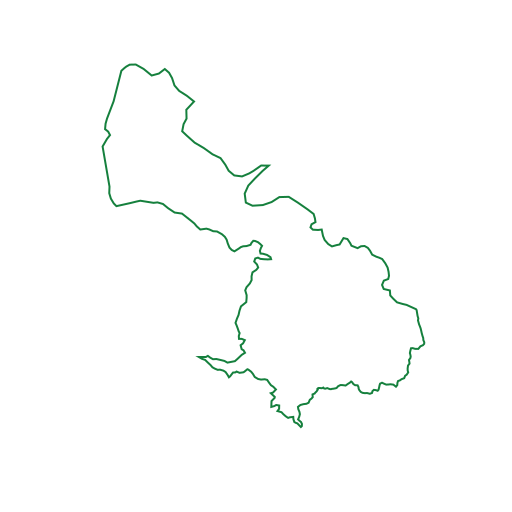 Baling, Kedah, Malaysia, rotated 289°
{"feature_id": "92858781B88693147635534", "entity_name": "Baling", "entity_type": "district", "adm_level": 2, "iso_a3": "MYS", "parent_name": "Malaysia", "parent_adm1": "Kedah", "projection": "orthographic", "projection_center": [100.8, 5.723], "detail": "fine", "context": "isolated", "style": "outline", "palette": "green", "viewbox_px": 512, "rotation_deg": 289, "n_neighbors": 0, "source": "geoboundaries", "source_scale": "gbopen_adm2", "svg_char_len": 4589}
<svg xmlns="http://www.w3.org/2000/svg" viewBox="0 0 512 512"><g transform="rotate(289 256 256)"><path d="M338.7,234.6L345.6,238.6L343.2,231.4L335.4,225.7L331.8,222.6L326.7,216.9L325.1,209.2L327.7,202.4L332.3,197.3L337.0,190.6L338.0,181.8L341.1,171.4L343.2,161.1L347.3,151.3L349.9,145.6L357.1,144.6L363.3,145.6L371.6,142.5L381.9,147.1L385.0,138.4L387.1,129.6L390.7,123.4L396.9,118.7L401.0,114.1L403.1,108.9L396.9,104.8L392.7,98.6L396.3,88.8L397.9,80.0L395.8,74.3L392.9,71.7L390.9,70.4L387.3,68.4L355.9,71.0L337.4,70.4L332.1,70.7L326.8,72.0L325.5,75.7L322.8,78.6L318.2,77.0L309.6,75.3L273.9,94.9L267.6,96.8L263.0,100.1L259.4,104.4L257.7,107.8L265.0,119.7L268.6,125.3L270.6,128.6L272.9,141.8L274.6,145.4L274.9,151.1L272.6,157.3L270.6,164.9L272.0,172.2L268.3,182.8L266.7,187.1L264.7,190.4L264.0,192.1L262.9,194.7L265.7,200.2L265.9,203.2L265.5,207.4L266.5,211.2L265.5,216.7L264.0,220.3L261.9,222.9L258.7,225.2L255.3,228.2L253.8,231.1L253.4,234.1L257.4,237.3L259.5,238.8L261.0,240.7L262.3,243.8L264.8,247.2L266.7,247.4L269.5,248.5L269.9,250.2L269.7,253.4L268.7,256.1L267.6,258.4L265.1,258.0L262.1,258.0L259.8,259.5L260.4,261.8L260.6,266.1L259.6,270.1L257.9,271.3L256.6,268.2L255.5,264.4L254.7,261.0L255.1,258.4L253.4,256.1L250.2,256.1L248.3,259.7L245.8,261.8L243.0,260.8L239.4,258.0L235.4,258.4L231.8,259.7L228.0,259.1L223.4,257.2L220.0,257.0L215.9,259.9L213.2,260.8L209.2,261.8L203.5,258.2L199.0,258.2L194.6,258.7L190.5,258.4L186.1,258.4L184.0,260.3L181.7,262.2L179.1,264.2L177.8,265.6L174.7,265.8L172.1,266.9L173.0,269.4L172.8,272.8L169.2,272.2L166.6,270.5L163.2,272.8L162.8,274.9L160.9,277.1L157.9,274.7L152.7,272.0L149.7,270.3L145.9,263.7L146.5,260.3L146.1,255.9L145.7,252.1L144.4,248.9L145.0,245.7L145.9,243.0L144.2,241.5L142.3,236.0L141.9,234.9L141.2,238.3L141.2,241.7L139.5,245.3L138.1,248.5L136.6,251.0L136.1,253.6L135.9,256.9L136.8,258.9L137.0,262.5L136.4,265.0L134.2,268.0L132.5,269.9L133.8,270.7L138.3,272.2L139.3,274.5L140.4,275.2L140.2,278.5L141.9,281.9L142.7,282.6L146.1,284.7L146.1,285.7L145.0,289.1L143.5,291.5L141.2,294.2L140.4,298.0L140.8,301.0L142.3,304.4L142.5,306.9L140.4,309.7L138.7,312.2L138.0,314.9L136.3,318.3L132.5,316.6L131.1,314.7L130.0,317.1L128.9,319.6L127.9,319.8L123.9,317.9L118.3,319.6L120.0,322.1L121.7,323.6L122.2,326.6L119.0,327.6L116.4,326.8L116.6,331.0L115.4,333.2L114.2,336.1L113.7,337.8L113.4,339.1L114.5,340.5L115.5,342.6L116.0,343.6L113.9,344.5L111.5,346.3L111.2,347.9L111.2,349.6L108.9,354.1L110.1,354.7L112.2,354.1L113.7,352.6L114.3,350.9L115.2,349.0L117.9,349.2L120.7,349.0L122.8,347.8L124.9,345.9L127.0,344.8L129.6,346.5L131.3,349.0L132.7,351.8L134.4,353.5L137.6,353.7L139.1,354.8L141.0,355.6L143.5,354.5L144.2,355.2L145.0,356.2L146.0,356.5L147.8,357.4L149.8,357.9L150.2,357.3L151.2,357.7L151.7,358.4L152.0,359.5L152.3,360.9L152.5,361.4L153.5,362.5L152.9,363.5L153.1,364.7L153.6,365.4L154.3,366.4L154.2,367.9L154.2,369.2L154.5,370.3L155.2,371.2L155.5,372.0L156.8,374.3L157.4,375.1L158.2,375.5L159.4,375.9L160.4,376.8L161.5,377.9L161.9,379.1L162.3,380.8L162.7,382.9L165.1,384.6L166.8,386.0L168.3,386.8L168.0,387.9L166.6,389.8L166.1,391.8L166.5,393.1L166.8,394.2L165.4,395.6L163.9,396.3L162.8,397.4L161.6,399.3L161.3,401.2L161.7,403.4L162.6,405.7L162.8,408.5L164.3,410.3L166.1,410.1L167.8,411.0L168.2,413.0L168.2,414.9L169.5,415.4L171.9,415.2L174.1,414.9L175.7,414.9L177.2,416.4L176.9,419.0L176.8,421.0L177.6,423.0L178.5,424.9L179.1,427.8L178.0,430.9L179.9,431.6L182.2,431.0L184.0,431.0L185.3,432.6L186.9,433.7L188.7,435.9L191.3,436.0L192.8,437.1L195.5,437.8L197.1,436.7L199.0,436.0L201.9,435.4L204.2,436.2L205.5,435.6L207.5,434.5L209.9,435.2L211.5,434.9L213.2,433.9L214.3,433.1L216.6,432.8L219.2,432.6L219.9,434.1L220.0,436.6L221.0,439.7L224.2,440.9L226.0,442.9L227.7,443.6L229.2,443.2L231.0,441.6L232.9,440.8L234.7,439.4L237.2,437.7L239.5,436.3L241.2,435.2L242.8,433.9L244.4,432.5L246.0,431.4L247.9,430.1L249.8,429.8L251.9,428.3L257.1,425.5L257.8,424.6L258.8,414.3L258.4,410.4L258.1,404.4L260.4,399.5L262.4,395.8L267.0,393.8L266.4,387.5L269.7,384.6L274.3,384.9L277.3,388.5L280.6,388.2L284.2,386.5L287.9,384.2L291.2,380.6L294.2,376.3L294.5,373.0L294.5,370.0L295.1,365.4L298.1,362.1L300.1,359.1L300.8,355.4L299.4,352.1L296.5,349.5L296.8,342.9L298.8,340.9L301.8,336.9L301.4,332.9L294.1,331.3L292.5,328.6L289.8,324.7L290.8,320.4L293.5,315.7L296.8,312.8L302.4,309.5L300.8,306.2L299.4,301.2L300.8,298.2L304.1,298.2L307.4,301.2L310.7,299.5L314.5,296.8L316.9,289.5L320.1,278.2L322.6,267.7L319.3,258.9L312.1,253.2L306.4,245.9L302.4,236.3L303.2,229.0L311.3,225.0L320.1,225.8L329.0,229.8L338.7,234.6Z" fill="none" stroke="#15803d" stroke-width="2"/></g></svg>